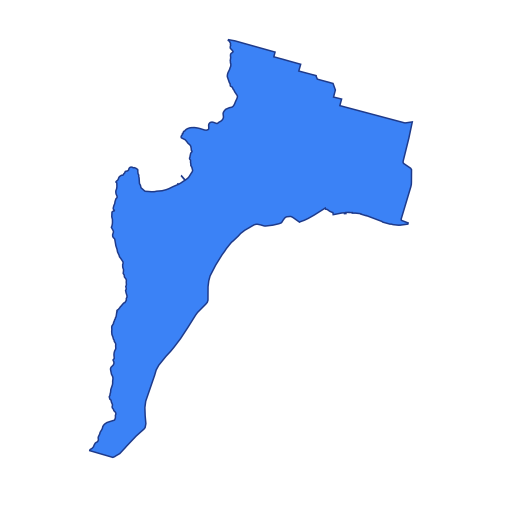 Waverley, New South Wales, Australia (Albers equal-area conic projection), rotated 185°
{"feature_id": "25037944B61039645174942", "entity_name": "Waverley", "entity_type": "district", "adm_level": 2, "iso_a3": "AUS", "parent_name": "Australia", "parent_adm1": "New South Wales", "projection": "albers", "projection_center": [151.276, -33.884], "detail": "fine", "context": "isolated", "style": "filled", "palette": "blue", "viewbox_px": 512, "rotation_deg": 185, "n_neighbors": 0, "source": "geoboundaries", "source_scale": "gbopen_adm2", "svg_char_len": 6096}
<svg xmlns="http://www.w3.org/2000/svg" viewBox="0 0 512 512"><g transform="rotate(185 256 256)"><path d="M302.4,468.3L302.0,468.2L300.8,467.1L300.5,466.4L300.0,465.8L299.8,465.2L299.9,464.2L299.6,463.5L299.8,462.8L299.9,462.0L299.8,461.1L299.6,460.6L297.6,458.8L296.7,457.8L296.9,457.0L298.5,455.6L298.9,454.8L298.9,453.4L298.5,451.3L298.7,448.3L298.4,447.4L298.3,446.1L297.8,445.1L297.7,443.3L297.8,442.5L298.2,441.3L298.6,439.5L299.8,436.4L300.1,435.3L300.3,433.6L300.2,432.1L297.6,426.3L296.8,425.4L296.7,424.5L296.4,423.2L296.2,423.0L294.4,422.1L294.1,421.7L293.4,420.3L292.7,419.7L291.5,417.7L288.6,414.1L288.4,413.3L288.4,412.5L288.8,410.9L289.8,408.3L290.6,405.6L291.3,404.0L291.8,403.2L292.5,402.5L293.2,402.1L295.5,401.4L299.0,399.5L300.2,397.9L301.0,396.3L301.2,394.9L300.5,391.5L300.8,389.9L301.5,388.6L302.8,387.2L304.4,386.2L305.9,384.8L306.3,384.6L307.3,384.7L309.8,385.4L311.2,385.6L312.4,385.4L313.4,384.9L314.1,384.0L314.5,383.2L314.6,382.1L314.3,380.1L314.2,378.7L314.3,378.2L314.8,377.7L316.3,377.0L318.0,377.0L323.1,378.1L325.2,378.4L328.3,378.6L331.4,378.3L333.4,377.8L335.5,376.8L336.7,375.9L337.4,375.1L338.0,374.2L338.8,373.9L339.1,373.4L339.2,372.2L339.9,371.7L340.0,371.3L339.8,370.9L340.9,368.9L341.0,368.2L340.8,367.4L340.6,367.2L336.6,365.6L334.8,363.8L333.7,362.5L331.8,361.1L331.1,360.5L330.5,359.5L329.8,357.0L329.7,355.8L328.9,354.8L329.1,353.9L329.8,353.1L330.0,352.6L330.2,351.4L330.2,350.6L330.4,349.9L330.4,348.6L330.7,348.0L330.7,347.3L330.5,346.7L329.7,346.0L329.5,345.4L329.4,343.6L328.9,341.9L328.9,340.7L327.6,338.7L326.6,335.8L326.6,335.3L327.0,334.1L327.9,332.5L329.6,329.1L330.8,327.5L333.1,325.4L337.1,329.3L337.2,329.1L333.5,325.4L333.9,324.9L337.6,321.9L339.6,320.6L340.5,321.7L339.8,320.5L345.0,317.7L348.6,315.5L351.3,314.2L355.3,312.8L360.6,311.9L362.9,311.2L365.8,310.9L369.0,310.9L371.6,310.8L372.5,311.0L376.4,313.9L376.6,314.2L377.3,316.4L378.4,318.0L379.3,323.7L379.8,325.1L379.8,326.1L379.9,326.5L380.7,327.7L381.2,330.3L381.2,331.3L381.5,331.9L383.0,332.8L384.1,333.2L385.0,333.4L386.0,333.2L387.2,333.7L388.3,333.7L389.2,333.3L389.7,332.8L390.1,332.2L390.4,330.7L391.0,329.9L391.6,329.5L393.5,328.9L393.8,328.3L394.1,327.2L394.8,326.5L395.1,325.8L395.6,325.0L396.0,324.8L396.7,324.8L397.2,324.6L398.8,323.3L399.3,322.6L399.6,321.8L400.0,320.2L400.6,319.3L401.5,318.4L402.0,317.6L401.9,317.3L401.3,316.9L401.0,316.5L400.6,312.9L400.7,311.0L401.3,308.5L401.1,306.7L400.7,305.4L399.8,303.8L399.4,302.6L399.6,301.9L400.5,300.8L400.7,300.1L401.2,297.8L401.3,295.9L402.0,293.8L402.4,291.4L402.4,290.9L401.9,289.7L401.1,289.2L401.3,288.5L401.8,288.4L402.9,287.7L403.3,287.1L403.1,282.5L402.2,279.9L401.9,276.8L401.9,275.2L402.2,273.1L402.6,272.0L400.3,268.5L400.1,267.4L400.7,264.7L400.5,263.2L400.2,262.6L399.7,261.9L398.6,261.0L398.2,260.5L396.5,254.0L395.0,250.5L394.3,248.0L392.2,244.3L392.0,243.4L390.7,242.0L388.4,239.1L388.0,238.5L387.8,237.6L387.8,236.6L388.1,236.1L387.9,233.9L387.6,232.7L386.8,231.0L386.7,229.5L386.8,227.1L385.6,225.5L385.3,223.7L383.6,221.8L383.1,220.8L383.0,220.1L383.0,218.7L382.6,216.3L382.8,214.9L383.1,214.3L382.5,212.7L382.4,211.4L382.8,210.7L382.9,210.0L382.6,209.5L382.3,208.2L381.1,205.3L380.9,203.8L381.5,202.4L381.5,201.9L381.3,200.6L381.7,199.9L382.6,198.1L382.9,198.0L383.7,197.6L385.2,195.6L385.6,194.8L386.6,193.8L387.0,192.9L388.6,190.6L389.4,190.1L389.8,189.4L389.7,188.9L389.5,188.4L389.9,188.0L389.8,187.4L389.9,186.6L390.0,184.7L390.1,183.4L390.7,182.0L390.7,181.2L391.3,180.0L391.6,178.4L392.0,177.8L392.1,177.0L392.1,176.1L392.6,175.4L393.1,174.1L393.5,173.7L393.5,172.9L393.5,172.1L393.2,170.2L393.2,168.2L392.7,165.3L391.5,162.8L390.8,160.8L390.0,159.8L389.7,158.5L388.6,157.2L388.2,156.4L388.0,155.6L388.0,154.2L387.6,151.7L387.9,150.6L388.6,148.9L388.9,147.0L388.9,145.1L388.4,142.3L388.3,141.6L388.5,141.2L389.3,140.2L389.2,139.4L388.6,138.6L388.3,137.7L388.2,137.1L388.2,136.4L388.4,135.7L388.8,134.8L390.7,132.5L390.9,131.9L391.1,131.0L391.0,130.1L389.7,125.7L388.3,123.4L388.0,122.5L387.8,121.2L387.9,118.8L387.7,116.8L387.8,115.2L389.0,110.3L389.0,107.6L389.3,106.0L389.4,104.2L389.9,103.2L389.9,102.8L389.2,100.8L389.0,100.5L388.3,100.1L387.8,99.6L387.4,98.0L386.1,95.6L386.0,94.6L386.2,93.2L385.9,92.2L384.6,90.7L384.1,89.5L383.0,88.6L382.3,87.9L382.0,87.2L381.8,86.4L382.2,85.0L382.0,83.3L382.0,82.3L382.5,80.5L382.8,80.1L387.0,78.4L390.0,77.1L392.1,75.4L393.1,74.1L393.8,72.6L394.0,71.0L394.5,69.6L395.9,66.8L396.2,65.0L397.3,62.1L397.4,61.2L397.0,59.2L397.2,58.2L397.8,57.1L399.0,56.3L399.8,55.6L400.7,53.7L401.3,51.7L402.5,50.1L404.2,48.9L404.7,48.1L404.7,47.6L381.1,42.9L379.3,43.8L378.5,44.5L374.5,47.3L369.5,53.7L368.6,55.0L359.7,66.2L352.2,74.2L351.5,75.5L351.1,79.4L352.5,87.2L353.5,95.4L353.2,101.8L346.6,128.3L345.5,133.8L343.3,138.8L336.9,148.3L332.9,153.4L330.0,157.6L324.0,167.1L317.6,179.0L310.9,192.1L309.3,194.7L301.8,203.7L300.5,205.6L300.0,207.8L301.1,221.2L300.9,227.1L300.0,232.2L295.4,243.4L289.8,254.5L287.7,257.9L286.1,260.9L282.3,266.6L281.0,268.2L280.2,268.9L275.4,274.3L273.3,277.1L269.4,280.7L260.6,286.9L258.8,287.6L257.5,287.8L254.0,287.4L250.3,286.6L249.1,286.7L241.9,288.2L236.1,290.1L233.9,291.1L233.2,291.9L232.1,294.1L230.6,296.5L229.1,297.7L225.3,298.4L224.3,298.3L222.4,297.5L215.6,293.5L214.9,294.0L211.0,295.8L207.4,297.9L201.7,301.8L191.2,309.8L190.8,308.7L189.2,308.6L186.3,306.9L184.2,306.2L183.2,306.0L182.7,303.9L174.0,306.4L171.6,306.7L171.5,305.9L170.1,306.1L170.2,307.2L167.1,307.6L167.0,307.4L163.8,307.7L163.8,307.1L160.6,307.4L156.2,307.3L156.3,307.3L155.3,307.2L155.3,306.9L149.7,305.7L149.6,305.9L133.6,301.4L132.7,300.8L125.2,299.4L124.2,299.6L122.2,299.2L116.9,299.1L115.0,299.3L107.5,301.0L107.3,302.2L114.3,304.2L114.6,305.5L107.8,338.4L107.5,340.9L107.6,343.2L108.6,355.6L109.6,356.9L116.9,361.0L117.5,361.7L117.7,362.7L117.6,363.8L114.0,386.7L112.0,403.2L118.8,401.6L119.7,401.6L185.6,413.1L184.4,419.8L192.6,421.1L191.4,428.3L194.3,434.6L210.3,437.5L211.8,440.4L211.8,440.9L229.5,444.0L228.2,450.9L255.6,456.0L254.8,460.8L295.8,468.5L302.2,469.1L302.4,468.3Z" fill="#3b82f6" stroke="#1e3a8a" stroke-width="1.5"/></g></svg>